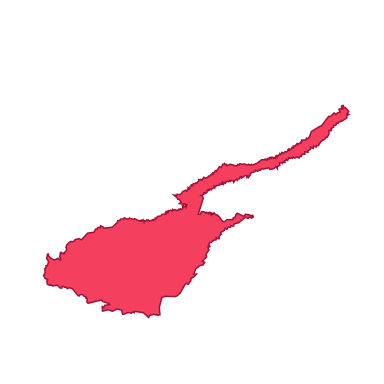 Huatusco, Veracruz, Mexico, rotated 311°
{"feature_id": "50627088B83258114022778", "entity_name": "Huatusco", "entity_type": "district", "adm_level": 2, "iso_a3": "MEX", "parent_name": "Mexico", "parent_adm1": "Veracruz", "projection": "albers", "projection_center": [-96.897, 19.146], "detail": "fine", "context": "isolated", "style": "filled", "palette": "rose", "viewbox_px": 384, "rotation_deg": 311, "n_neighbors": 0, "source": "geoboundaries", "source_scale": "gbopen_adm2", "svg_char_len": 6077}
<svg xmlns="http://www.w3.org/2000/svg" viewBox="0 0 384 384"><g transform="rotate(311 192 192)"><path d="M43.4,202.6L48.3,206.1L49.7,210.2L54.5,212.2L56.7,216.3L54.2,219.9L54.7,220.6L59.2,222.9L60.7,225.7L62.7,226.1L62.9,227.6L64.4,227.2L69.0,234.4L68.9,241.6L71.0,241.0L74.6,243.4L75.3,245.1L76.3,245.5L76.3,246.7L78.3,248.4L83.5,243.0L92.7,238.5L95.7,240.2L102.1,248.0L103.7,248.8L108.2,249.4L117.9,247.3L119.6,248.1L119.6,249.4L120.5,249.9L122.5,249.1L123.5,249.6L126.5,247.9L129.0,249.0L133.0,249.3L131.2,247.0L136.6,245.3L141.6,246.2L144.4,248.3L147.3,247.7L146.3,245.3L152.7,245.6L154.1,243.3L159.2,242.9L160.5,240.5L162.6,241.4L163.0,240.4L162.3,239.4L165.5,238.5L166.4,239.5L170.2,240.2L171.6,241.6L173.5,240.2L173.4,241.8L174.6,243.1L176.5,241.5L179.5,241.9L179.6,240.7L180.6,240.3L184.0,241.6L186.6,240.8L186.6,242.8L189.2,242.3L190.8,244.2L192.0,243.4L193.6,245.8L195.6,244.7L199.4,247.4L208.1,248.9L208.8,251.7L210.9,251.9L211.5,254.2L213.6,254.6L214.2,253.1L212.9,252.5L212.6,250.7L210.4,247.0L208.4,247.2L207.4,246.5L205.8,240.3L204.4,239.8L200.9,241.1L199.8,240.0L198.1,241.0L194.0,236.5L190.9,236.0L189.9,234.7L191.2,228.2L191.2,225.6L190.3,224.6L190.7,222.6L190.0,221.9L189.3,222.4L189.0,220.8L188.4,221.4L188.4,219.8L187.4,221.1L187.6,218.7L186.5,218.6L187.2,217.7L186.1,216.3L184.9,216.3L185.1,214.4L183.2,212.0L180.8,213.0L179.4,211.3L194.6,204.6L195.8,202.4L195.3,201.3L198.1,202.5L198.9,201.5L199.4,202.7L200.0,202.3L200.4,203.3L201.7,203.5L202.7,202.4L203.6,203.4L204.5,202.7L204.6,203.8L205.5,203.4L206.2,205.0L207.1,204.5L208.0,205.4L209.9,205.4L209.9,206.4L211.2,205.1L211.6,206.4L212.7,206.1L215.3,208.3L216.3,207.9L217.3,209.3L218.5,208.6L218.3,210.0L219.4,209.0L219.0,210.7L220.4,210.4L220.6,211.5L222.4,210.8L223.8,212.9L225.0,212.7L225.1,214.0L226.5,213.8L227.3,216.2L226.7,217.1L229.8,216.7L230.8,217.6L230.5,218.6L232.5,218.3L233.2,219.3L235.5,218.4L236.1,219.2L235.2,220.3L239.5,221.4L240.0,222.6L239.1,223.9L240.9,223.6L240.0,225.0L243.1,224.8L244.8,223.8L248.9,226.2L250.0,225.6L250.6,227.9L252.5,228.2L253.0,229.2L255.5,229.3L256.0,230.7L260.7,234.2L260.2,236.1L263.0,238.3L266.0,238.8L265.6,241.0L267.0,239.5L269.7,240.9L271.1,239.0L273.1,240.6L273.0,241.7L274.3,241.2L275.3,242.8L276.3,241.3L277.5,242.1L278.6,241.8L278.6,243.5L281.3,242.6L281.8,244.1L283.1,244.5L283.3,245.8L284.7,245.5L285.1,247.4L287.1,248.2L288.0,250.6L289.7,249.9L290.4,251.2L292.5,250.3L294.5,252.4L296.4,250.7L298.1,253.5L299.0,252.5L302.2,253.4L303.6,252.1L304.5,254.9L306.3,253.6L307.4,256.3L309.1,256.0L310.1,256.9L314.5,256.2L319.5,257.6L321.2,257.2L321.8,258.2L325.4,257.5L328.3,255.1L329.8,257.0L331.1,255.3L333.8,256.4L335.1,255.1L336.6,256.8L338.9,256.0L339.6,257.1L341.7,257.2L344.1,258.7L349.5,260.3L351.3,258.7L353.5,259.6L352.7,257.5L355.4,257.7L356.1,255.2L356.2,252.0L355.3,251.1L356.5,249.4L355.7,248.5L354.1,249.0L353.6,251.1L351.2,248.6L350.6,248.9L349.6,251.5L347.6,250.0L344.9,249.5L344.9,247.4L339.8,247.0L338.8,245.5L326.4,246.3L326.0,245.6L316.0,242.4L311.1,244.3L308.3,244.5L307.8,243.0L305.8,243.8L303.2,240.7L302.2,241.8L301.4,241.3L300.4,242.0L299.7,241.1L298.3,241.0L297.7,239.7L296.9,240.5L296.5,239.5L294.2,239.7L293.1,238.2L291.8,239.6L291.2,238.2L290.3,238.8L288.8,238.5L288.2,237.0L287.4,238.1L286.9,236.7L286.0,237.5L283.7,236.7L283.6,235.8L281.0,235.4L280.9,233.9L278.6,234.4L278.7,233.0L276.3,233.7L275.4,232.1L274.1,233.3L274.1,231.8L272.2,232.9L272.0,231.6L270.9,231.6L271.3,230.3L270.6,229.3L269.2,229.6L269.5,228.4L268.6,227.7L267.4,228.5L266.6,226.9L265.0,227.6L264.8,225.6L264.1,225.8L262.0,223.4L256.0,222.1L251.9,219.8L251.8,218.6L250.4,218.4L250.2,216.6L248.8,216.3L247.3,212.7L246.3,212.4L244.7,209.5L243.4,209.9L243.0,208.5L241.7,208.8L240.6,208.2L238.1,202.7L235.0,201.2L235.6,200.0L234.4,199.4L234.8,198.0L233.9,198.2L233.4,197.0L229.8,197.9L229.0,196.0L225.0,196.8L223.7,195.9L223.5,196.6L223.0,195.6L220.8,195.9L219.8,194.6L220.1,195.7L218.7,196.3L218.4,195.0L215.8,194.9L214.7,193.9L213.6,194.3L211.2,193.1L211.0,191.3L207.4,191.7L207.4,190.5L206.5,190.5L205.8,188.8L204.8,189.7L201.7,189.9L201.4,188.8L200.2,188.7L199.1,187.4L198.1,187.9L197.1,187.0L196.9,188.2L195.1,186.8L193.1,188.0L192.8,186.3L191.9,187.7L191.4,186.8L189.1,187.5L189.1,186.1L186.2,184.7L182.5,185.0L180.4,182.2L179.5,182.8L177.8,180.3L177.9,184.6L177.1,186.0L178.0,187.2L177.4,190.4L174.9,190.0L177.3,193.8L178.1,193.7L178.2,195.7L179.1,196.4L176.7,197.5L177.5,196.2L175.6,195.8L176.1,194.7L175.3,193.8L173.7,195.7L172.1,195.8L171.7,194.1L170.3,194.4L170.4,193.5L169.1,193.8L168.5,192.5L167.7,192.4L167.6,190.6L166.5,190.3L166.2,188.8L164.9,189.7L164.1,187.6L163.2,187.7L162.5,186.5L161.3,187.3L161.4,186.3L160.4,186.5L160.9,185.9L160.3,185.2L159.7,186.4L159.0,185.6L158.2,186.8L155.5,184.0L153.6,184.2L150.9,182.0L149.1,182.4L148.1,181.3L147.3,182.5L146.1,181.9L145.9,180.8L145.2,181.1L145.4,180.6L142.2,179.1L142.3,177.2L141.3,177.3L141.1,176.1L139.3,176.1L139.1,174.5L138.0,175.2L138.8,173.5L138.1,173.6L138.0,172.6L136.5,172.9L136.6,171.5L135.5,171.1L134.2,166.2L133.0,165.9L131.2,161.8L130.0,161.9L128.8,160.3L128.1,157.8L127.0,158.2L124.7,155.9L123.0,156.2L121.7,154.9L119.7,155.6L113.1,154.9L106.9,149.3L107.4,148.3L106.5,145.2L105.0,146.1L104.2,144.8L102.6,144.2L102.2,144.8L100.6,143.6L97.3,144.4L92.5,140.2L83.4,140.0L82.8,137.6L81.1,136.1L79.5,135.0L76.9,135.2L75.3,133.1L73.6,132.4L69.6,132.2L67.4,133.3L66.6,135.0L65.1,135.6L61.9,135.2L61.8,136.0L60.5,135.0L60.6,132.7L59.5,132.6L56.2,134.9L55.8,136.4L54.2,137.5L54.1,134.3L50.6,133.0L50.0,131.7L49.4,128.4L49.9,125.3L51.0,124.3L50.3,123.7L46.5,125.9L45.2,129.6L41.7,131.0L40.5,130.2L39.8,131.3L37.4,131.2L35.1,133.9L31.6,134.7L30.3,137.8L31.2,140.4L29.5,140.9L27.5,143.3L28.3,146.1L29.2,145.9L29.7,148.6L33.4,151.5L33.0,155.4L34.1,156.8L35.3,156.2L36.5,156.9L36.4,158.2L37.6,159.4L37.2,161.2L39.3,162.4L40.6,165.0L39.1,173.9L39.5,175.1L40.8,174.8L42.7,176.4L42.5,178.7L43.3,180.7L42.3,181.4L42.8,182.8L40.1,184.7L39.9,186.6L51.1,194.5L50.8,196.5L53.3,202.5L53.1,203.6L49.0,200.4L47.2,201.2L46.7,199.4L43.4,202.6Z" fill="#f43f5e" stroke="#9f1239" stroke-width="1.5"/></g></svg>